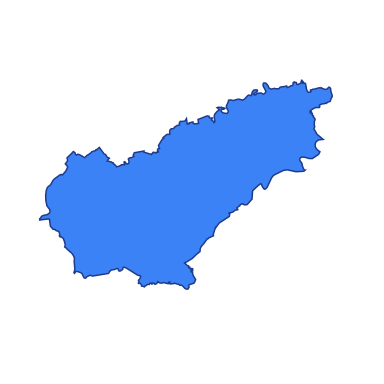 Tlacotalpan, Veracruz, Mexico, rotated 260°
{"feature_id": "50627088B74456725594812", "entity_name": "Tlacotalpan", "entity_type": "district", "adm_level": 2, "iso_a3": "MEX", "parent_name": "Mexico", "parent_adm1": "Veracruz", "projection": "robinson", "projection_center": [-95.611, 18.521], "detail": "fine", "context": "isolated", "style": "filled", "palette": "blue", "viewbox_px": 384, "rotation_deg": 260, "n_neighbors": 0, "source": "geoboundaries", "source_scale": "gbopen_adm2", "svg_char_len": 6081}
<svg xmlns="http://www.w3.org/2000/svg" viewBox="0 0 384 384"><g transform="rotate(260 192 192)"><path d="M131.9,189.5L134.8,190.3L136.5,191.4L139.3,194.8L143.3,199.0L143.1,199.5L143.9,200.8L145.2,205.6L146.4,205.5L152.7,208.8L152.4,208.9L156.7,213.3L161.5,224.5L164.2,225.5L164.7,224.8L165.2,225.3L164.9,227.0L165.2,228.8L166.6,231.5L166.6,234.0L167.1,234.1L167.7,233.5L168.8,233.6L170.2,236.8L171.1,237.3L171.6,238.6L171.7,239.8L171.4,240.2L170.9,240.3L170.2,241.6L170.0,244.1L174.6,249.9L182.7,251.9L186.7,258.0L188.2,260.9L188.0,261.5L184.6,262.4L182.8,263.2L182.1,264.1L182.3,265.1L183.6,266.8L191.8,272.6L193.5,274.2L194.6,276.2L197.4,285.8L197.3,289.6L193.9,298.0L193.1,304.8L193.3,306.5L193.8,307.1L193.8,306.8L195.4,305.9L198.2,305.3L201.3,305.2L204.3,303.7L205.9,303.8L206.5,304.3L207.1,305.0L207.3,306.9L206.1,310.4L204.8,312.6L204.0,316.2L207.0,323.1L209.4,325.0L211.5,323.0L213.3,321.8L215.8,321.2L218.4,321.9L219.8,322.8L221.0,324.9L221.3,326.0L221.0,330.3L227.2,325.1L233.2,323.0L234.9,324.2L236.2,324.0L240.0,324.7L241.9,325.8L243.2,325.7L244.7,324.5L245.4,324.5L245.7,324.8L247.5,323.6L247.9,324.1L248.4,324.1L249.5,323.5L250.2,323.5L250.1,322.8L249.6,322.2L251.2,322.3L252.3,324.1L253.7,328.2L253.1,332.2L254.2,332.7L255.4,332.6L255.9,333.8L256.1,335.7L256.0,338.0L256.4,338.8L255.9,339.5L256.9,341.4L257.2,343.5L257.5,344.0L260.4,345.5L261.4,346.6L262.9,346.8L267.6,346.2L269.5,346.5L270.8,346.0L271.4,345.3L271.4,344.7L270.0,343.1L269.8,341.2L270.9,339.1L272.2,337.4L271.9,337.3L272.5,335.5L272.5,334.5L272.0,330.1L272.3,329.0L271.9,328.0L271.9,326.4L271.5,326.2L270.5,326.7L270.1,326.4L269.8,325.7L270.0,324.1L270.3,323.6L272.3,322.7L279.2,322.6L279.7,322.0L280.1,320.5L279.7,319.9L280.0,319.5L281.0,320.6L281.5,320.5L281.8,319.9L282.9,319.7L283.0,319.3L280.7,318.3L280.0,317.1L279.4,314.7L279.8,313.9L281.1,313.9L281.8,313.6L282.3,311.9L282.5,311.9L282.5,311.1L282.1,310.6L279.9,310.0L279.4,309.5L279.4,307.7L278.3,304.9L278.3,304.1L280.0,303.6L279.8,301.6L280.0,297.9L279.9,297.0L278.7,295.5L278.7,294.6L279.2,292.2L279.8,291.1L279.6,289.5L279.7,287.3L281.2,285.8L283.4,285.4L285.8,284.1L286.5,283.3L286.9,281.6L286.7,281.3L285.4,280.6L284.0,280.5L278.3,282.3L276.6,281.0L276.1,279.6L276.1,279.0L277.5,277.3L277.7,276.2L277.8,273.4L276.8,271.9L276.6,271.0L276.9,270.2L277.4,269.6L277.8,269.6L279.6,273.5L280.4,274.1L281.0,274.0L281.5,273.0L281.6,270.4L280.0,268.7L276.6,267.1L277.6,264.8L277.4,263.9L274.3,259.7L273.6,257.8L273.9,257.6L275.3,254.2L275.4,252.8L274.9,248.5L275.9,246.3L276.1,244.0L274.0,243.1L270.8,240.8L269.0,240.7L265.2,241.9L264.0,241.1L263.3,240.0L264.2,237.0L265.3,235.5L266.6,234.7L267.3,234.8L268.2,235.7L268.0,237.2L268.2,238.3L268.7,239.0L269.5,237.5L269.5,236.9L269.9,236.4L269.9,235.8L270.4,235.6L270.3,234.8L270.9,232.9L270.7,231.3L268.2,233.3L267.1,230.9L264.9,228.1L263.3,227.2L262.0,226.9L257.4,226.8L256.5,225.8L257.7,225.5L259.3,223.7L260.0,223.8L260.3,224.4L261.3,224.9L261.8,222.4L262.5,221.9L263.7,221.9L264.3,220.0L262.4,210.5L258.4,210.4L258.5,207.0L259.3,205.1L260.8,205.1L260.6,201.2L259.8,201.1L259.7,199.1L265.2,199.3L263.1,197.4L263.2,194.5L263.6,192.7L262.1,191.4L260.5,191.6L260.1,191.4L260.2,189.2L258.9,186.0L258.0,185.3L257.6,184.3L257.9,182.7L257.1,181.2L255.2,180.4L252.7,180.2L252.6,179.5L253.1,178.2L252.8,176.7L250.6,172.9L249.8,173.4L249.0,171.7L243.5,167.0L240.5,167.6L240.5,166.1L239.9,165.5L238.6,165.2L237.7,165.9L237.2,165.9L237.3,164.3L236.6,163.6L237.3,162.9L237.4,161.8L237.9,160.8L237.6,160.3L236.9,160.1L236.7,159.1L236.0,158.6L239.7,151.4L240.7,151.8L240.7,142.0L238.7,140.6L238.0,140.5L237.0,140.9L236.4,138.3L236.4,136.2L235.6,135.0L232.9,135.3L231.8,135.0L231.0,134.2L230.9,132.7L231.2,132.2L231.5,131.9L232.8,131.7L233.6,130.6L233.2,130.3L230.6,130.2L231.1,127.4L230.3,125.6L230.0,123.9L229.9,122.1L231.7,121.2L234.1,119.1L234.6,120.1L234.3,119.0L235.5,118.0L236.0,116.6L236.7,115.6L237.1,113.9L238.4,114.7L239.6,116.5L241.1,114.5L243.9,113.4L244.8,112.0L252.0,108.5L250.7,106.2L250.1,105.8L250.3,104.7L249.5,104.2L249.1,100.5L247.5,98.2L246.2,94.8L244.6,92.4L244.7,91.7L246.3,90.2L248.6,87.2L249.0,86.0L248.7,85.5L248.6,84.3L249.4,83.8L251.0,83.6L252.4,82.3L251.9,81.2L251.2,80.6L247.3,74.8L245.3,75.0L244.1,74.7L241.7,72.1L239.2,73.6L238.0,73.9L234.5,71.3L231.2,67.3L232.0,66.3L231.9,65.2L228.9,59.0L227.6,57.2L223.7,54.0L222.2,51.2L221.3,50.2L218.7,48.7L214.1,47.3L208.9,46.6L203.6,46.7L199.5,48.8L197.6,48.8L196.2,48.3L194.8,45.2L194.8,42.0L194.2,39.6L192.5,38.3L192.1,37.3L191.5,37.2L190.8,37.2L190.6,43.5L190.1,46.9L182.9,46.6L179.4,48.7L178.7,50.8L177.6,51.4L176.2,54.1L172.0,54.4L171.8,53.8L170.6,54.4L170.5,55.5L168.4,57.3L166.9,57.4L165.5,58.0L164.7,57.7L162.3,58.1L159.9,57.1L158.4,58.6L157.3,59.1L152.4,63.1L150.2,64.1L147.4,64.8L144.0,63.9L136.2,63.2L133.0,61.7L132.3,62.3L133.6,63.3L133.8,64.6L133.3,66.0L131.8,68.5L130.7,69.5L126.7,70.6L126.1,71.0L125.6,71.9L125.8,72.6L127.0,74.1L127.7,77.2L126.5,79.4L126.3,95.6L127.9,97.0L129.0,98.6L129.2,99.7L129.1,102.0L129.6,104.3L129.6,105.8L127.1,106.2L126.7,106.9L126.7,107.9L127.8,110.3L129.2,110.8L129.8,111.3L129.7,112.2L128.5,114.1L119.5,124.1L118.4,126.6L117.9,126.8L115.8,125.8L114.3,123.9L112.9,124.1L112.1,123.9L111.8,123.4L111.2,123.5L111.1,124.9L110.7,125.4L109.2,126.1L108.3,125.9L108.0,126.2L107.6,127.4L107.3,127.7L107.4,128.4L106.9,128.7L107.8,129.9L107.9,130.8L108.8,132.1L108.3,133.9L109.4,134.9L109.6,135.7L108.3,136.4L108.4,137.0L109.0,137.5L109.0,138.5L107.8,139.1L107.6,139.9L107.9,141.3L109.2,142.4L108.9,143.2L109.3,143.2L107.9,144.6L107.5,146.7L107.8,148.1L105.8,152.6L107.1,153.2L107.3,154.4L105.7,154.2L105.2,154.6L105.0,158.4L105.2,158.9L103.0,163.4L102.4,163.7L102.1,164.3L102.2,165.3L101.1,166.5L98.2,168.3L97.3,169.8L97.1,171.0L98.3,172.3L98.9,172.6L100.5,172.5L101.2,173.0L101.8,177.9L102.8,179.0L105.2,180.4L109.9,178.5L113.3,178.6L113.4,177.5L114.3,177.3L114.3,178.0L115.1,178.0L114.9,179.2L116.4,179.3L116.8,177.7L116.6,176.9L118.4,176.7L118.1,175.7L119.9,175.7L120.2,174.8L123.5,172.3L124.0,174.4L126.6,180.9L129.7,185.4L131.9,189.5Z" fill="#3b82f6" stroke="#1e3a8a" stroke-width="1.5"/></g></svg>